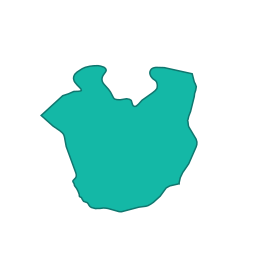 map outline of Kinshasa City (Natural Earth projection), rotated 134°
{"feature_id": "COD-1884", "entity_name": "Kinshasa City", "entity_type": "Neutral City", "adm_level": 1, "iso_a3": "COD", "parent_name": "Democratic Republic of the Congo", "parent_adm1": "", "projection": "natural_earth1", "projection_center": [15.874, -4.486], "detail": "fine", "context": "isolated", "style": "filled", "palette": "teal", "viewbox_px": 256, "rotation_deg": 134, "n_neighbors": 0, "source": "natural_earth", "source_scale": "10m", "svg_char_len": 1812}
<svg xmlns="http://www.w3.org/2000/svg" viewBox="0 0 256 256"><g transform="rotate(134 128 128)"><path d="M44.4,119.5L48.9,112.2L49.5,110.3L50.8,107.6L53.7,105.6L57.0,104.0L59.3,102.2L72.6,94.5L77.3,92.5L80.3,90.7L81.3,90.3L81.8,89.3L84.4,86.1L85.0,84.9L88.7,71.3L90.2,68.7L92.1,67.0L94.2,65.9L111.5,59.5L116.7,58.6L122.1,57.7L127.4,55.9L132.0,53.1L132.6,52.4L132.9,52.7L140.6,57.7L144.6,58.9L154.7,57.5L163.7,58.1L167.1,58.8L170.0,59.7L171.9,60.8L177.4,65.2L192.6,74.4L194.3,76.2L199.7,86.3L201.0,88.2L202.6,90.1L205.5,92.4L207.3,94.3L208.5,95.3L210.6,99.1L210.9,100.8L210.7,102.3L210.2,103.9L210.0,105.4L211.6,109.0L211.1,111.3L210.4,113.2L210.9,114.7L210.9,115.5L209.5,117.2L208.2,120.0L207.2,123.0L206.8,125.5L206.6,126.5L205.4,128.2L205.2,129.4L204.8,130.3L204.6,130.7L204.0,131.0L200.1,131.1L198.8,131.6L197.5,132.8L196.5,134.4L184.3,159.5L178.6,167.5L177.7,169.1L177.2,170.7L177.1,172.3L177.4,175.8L178.7,183.3L179.3,199.2L150.1,197.4L144.6,194.5L139.4,192.4L136.1,189.2L134.7,188.1L133.5,187.6L132.7,188.7L132.5,190.5L132.4,194.6L132.0,197.9L131.6,199.4L131.1,200.2L130.4,201.4L129.1,202.5L127.6,203.2L126.1,203.6L123.1,203.5L117.1,202.1L114.1,200.9L110.3,198.5L107.2,196.0L104.0,192.9L102.5,190.7L101.0,187.6L100.8,185.5L101.5,183.9L102.8,183.2L107.2,182.5L108.6,182.1L110.0,181.4L111.3,180.3L112.3,178.9L112.9,177.3L113.2,175.6L113.7,168.8L114.3,165.6L116.4,159.3L116.5,157.8L115.3,155.7L113.1,153.2L107.9,149.3L106.3,146.8L105.9,144.8L107.8,141.4L108.4,139.9L108.1,138.5L106.7,137.3L103.6,137.0L98.3,137.2L85.6,134.8L82.1,134.4L79.6,134.6L78.3,135.4L77.0,136.5L75.9,137.9L75.1,139.4L74.8,141.0L75.3,144.3L75.2,146.0L74.9,147.6L74.2,149.2L73.3,150.5L72.1,151.4L70.7,151.9L69.3,152.1L67.9,151.8L66.5,151.1L65.0,150.0L59.4,143.9L44.4,119.5Z" fill="#14b8a6" stroke="#0f766e" stroke-width="1.5"/></g></svg>